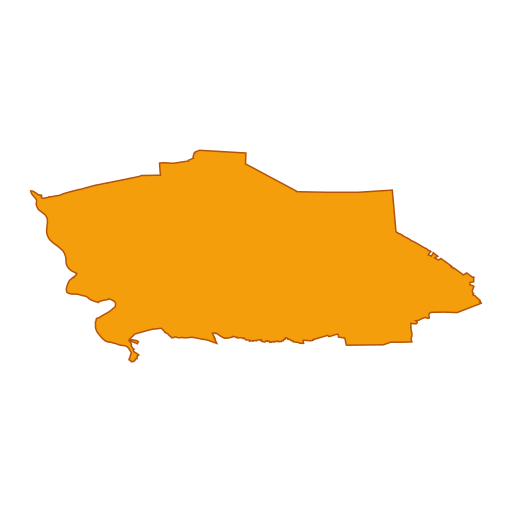 Deventer, Overijssel, Netherlands
{"feature_id": "6326949B6092768911382", "entity_name": "Deventer", "entity_type": "district", "adm_level": 2, "iso_a3": "NLD", "parent_name": "Netherlands", "parent_adm1": "Overijssel", "projection": "robinson", "projection_center": [6.218, 52.269], "detail": "fine", "context": "isolated", "style": "filled", "palette": "amber", "viewbox_px": 512, "rotation_deg": 0, "n_neighbors": 0, "source": "geoboundaries", "source_scale": "gbopen_adm2", "svg_char_len": 5892}
<svg xmlns="http://www.w3.org/2000/svg" viewBox="0 0 512 512"><path d="M134.9,334.0L147.7,330.4L152.2,329.3L154.9,328.8L155.1,329.0L161.1,328.3L161.6,328.5L165.0,332.0L164.8,332.4L166.6,333.2L167.3,333.5L168.8,334.9L169.4,335.7L170.3,336.3L170.9,337.0L171.0,337.0L171.7,337.8L172.2,337.4L173.0,337.7L173.8,337.6L174.8,337.0L175.5,336.9L178.4,337.8L180.8,337.7L182.2,337.4L182.5,337.4L182.6,337.6L183.5,337.8L186.9,337.8L192.2,337.2L192.9,337.4L193.0,337.5L194.3,337.6L201.6,339.1L206.6,339.8L216.8,343.4L214.0,337.5L214.0,337.3L214.5,337.6L212.4,333.2L213.9,332.9L214.6,333.1L215.3,333.5L215.5,333.4L215.4,333.1L215.6,333.1L216.3,333.3L219.1,335.1L220.3,336.0L221.9,336.7L222.1,337.1L222.8,337.5L225.3,338.4L226.4,337.8L227.1,338.2L227.7,338.1L231.5,337.3L232.7,336.9L232.8,336.5L234.0,336.5L234.4,336.7L234.9,337.0L235.7,337.0L236.4,337.6L236.9,337.3L237.3,337.3L237.3,337.7L238.1,338.0L240.8,337.6L241.5,337.9L242.3,338.0L243.0,338.5L243.6,338.0L244.0,338.3L244.5,338.4L245.6,339.8L247.0,340.0L247.9,339.7L249.2,340.1L249.6,340.4L250.2,340.6L250.3,340.8L250.1,341.0L251.9,340.7L252.6,341.2L253.1,341.1L253.2,340.8L253.5,340.7L255.9,340.6L256.4,340.8L257.1,340.5L257.3,340.1L257.9,339.9L258.1,339.7L258.9,339.8L259.4,340.0L259.6,339.8L260.9,339.6L261.2,339.9L260.9,340.3L261.6,340.7L261.4,341.1L262.5,341.6L263.9,341.8L264.4,342.0L265.4,341.7L265.7,341.2L266.4,341.2L266.6,340.8L267.2,340.9L267.5,341.0L267.2,341.2L268.1,341.5L269.3,341.2L269.7,342.2L270.1,342.4L271.5,342.2L271.5,341.8L272.6,341.6L273.6,342.1L274.6,341.8L274.6,341.4L275.8,341.6L276.6,341.6L276.9,341.4L276.9,341.2L277.5,341.0L278.1,341.2L278.6,341.8L278.8,341.8L279.5,341.6L281.1,341.6L281.6,341.2L281.8,340.8L283.4,340.7L283.5,339.9L283.8,339.6L284.9,339.2L284.7,338.9L284.8,338.6L285.3,338.5L285.5,337.8L286.1,338.1L286.9,337.9L287.5,338.3L287.3,338.7L288.2,339.4L289.2,339.3L290.1,339.7L290.4,339.7L291.3,340.8L292.8,340.7L293.1,341.1L293.1,341.7L295.3,342.1L297.9,342.4L298.6,342.6L299.2,343.0L300.6,343.3L303.6,343.4L303.1,340.5L303.2,340.3L304.5,340.3L310.2,340.8L311.4,340.6L313.2,340.3L313.3,340.1L313.0,339.8L313.1,339.6L313.7,339.3L314.1,339.4L314.4,339.3L327.8,335.3L328.0,335.5L328.5,336.4L328.9,336.6L329.3,336.6L336.6,334.3L338.1,334.3L338.5,337.1L339.6,337.2L344.8,338.1L345.2,340.0L346.4,345.2L383.5,344.8L390.6,342.2L402.4,342.2L411.9,341.9L411.1,339.5L411.9,335.3L411.9,333.3L411.5,331.6L410.8,327.6L411.0,327.6L410.8,323.4L416.0,323.9L416.0,323.6L417.2,322.8L416.9,321.1L416.2,320.9L415.9,320.7L417.5,320.6L418.6,320.3L421.9,318.6L425.4,317.4L428.0,318.4L429.2,318.1L429.4,317.8L428.7,315.2L429.5,313.2L431.5,312.3L444.3,312.1L457.1,312.6L481.3,303.2L481.0,302.6L479.7,302.0L479.5,301.8L479.5,301.5L480.3,301.1L480.1,300.5L476.2,297.0L474.8,295.6L473.0,295.0L472.9,294.7L473.7,293.6L472.6,292.6L472.3,290.8L473.1,288.2L473.9,286.5L473.8,286.2L471.7,285.3L470.0,284.8L470.1,284.7L469.8,284.5L469.9,282.5L473.7,281.8L473.6,277.6L474.0,277.4L473.7,277.1L472.9,277.5L467.1,273.3L466.8,272.9L463.4,274.9L453.8,267.9L453.4,268.5L451.0,266.7L451.7,266.3L440.8,258.4L438.6,260.1L434.6,257.9L437.8,256.2L433.2,252.7L433.0,253.5L431.3,256.1L428.2,254.8L430.3,251.9L430.6,251.9L430.9,251.6L430.1,250.9L428.2,250.3L427.9,250.0L427.8,249.7L425.9,248.4L424.5,247.9L419.8,245.1L419.7,245.0L413.2,241.3L410.8,240.6L410.7,240.2L410.1,239.6L406.5,237.6L403.7,236.3L402.9,235.8L402.9,235.5L400.6,234.2L399.8,233.8L399.0,233.7L398.2,233.4L398.0,233.2L398.0,232.8L396.0,231.9L392.3,190.1L357.8,192.3L328.1,192.3L297.1,191.7L296.4,191.3L296.5,191.2L292.7,189.1L245.5,163.9L245.9,153.0L199.6,150.3L195.1,152.0L194.9,153.1L194.2,153.0L193.1,156.5L193.1,157.4L193.5,158.2L188.9,160.1L188.5,160.3L188.3,161.0L173.2,163.3L163.6,162.7L159.5,163.1L160.2,172.5L160.5,175.2L141.4,175.5L139.0,176.5L95.1,185.3L83.6,188.4L81.6,189.1L78.5,189.6L70.3,191.7L62.7,193.9L61.4,194.6L58.4,195.6L57.7,195.6L52.6,196.5L52.2,196.7L51.5,196.6L49.2,197.0L48.9,196.9L48.8,197.2L44.9,198.0L42.0,198.2L41.3,197.1L41.2,196.1L41.8,195.8L41.6,195.3L39.7,194.9L38.3,194.9L36.3,193.2L33.0,191.2L30.7,190.9L31.1,192.3L31.9,194.1L32.4,194.9L35.2,197.9L36.5,200.1L36.6,201.0L36.3,203.2L36.2,204.1L36.8,206.4L38.0,208.9L38.8,209.8L39.7,210.6L44.2,214.0L45.3,215.1L46.1,216.3L46.8,217.4L47.2,218.7L47.4,220.0L47.4,222.8L46.6,230.2L46.7,232.7L47.3,235.2L48.8,238.4L49.7,239.6L51.1,241.1L53.4,243.1L57.9,246.3L62.5,250.4L63.4,251.6L64.2,253.0L65.5,256.1L65.9,259.3L66.1,262.9L66.4,264.3L67.1,266.1L68.4,268.0L69.5,269.2L71.6,270.9L76.8,273.5L76.1,274.4L76.1,275.2L73.6,277.0L74.0,277.5L73.9,277.7L72.8,277.6L69.9,280.0L68.9,281.4L68.6,282.3L67.9,283.4L66.5,287.8L66.3,289.0L66.4,290.1L66.9,292.3L67.6,292.6L68.3,293.2L71.0,294.0L75.8,294.1L78.3,294.4L82.8,295.7L85.4,296.1L87.8,297.4L88.9,298.6L90.8,299.8L95.3,301.6L98.1,302.2L98.2,302.5L98.4,302.6L99.1,301.7L100.0,301.2L105.1,300.0L107.9,299.6L108.9,298.7L111.9,300.0L114.2,301.3L114.8,301.8L115.5,303.4L115.6,304.0L115.1,306.6L114.6,307.5L112.8,308.6L112.0,309.5L108.4,312.2L103.5,314.9L100.7,316.6L99.7,317.3L99.1,317.5L98.8,317.8L97.2,318.2L96.3,318.8L96.0,320.9L95.5,321.7L95.4,322.7L95.5,323.9L95.5,327.6L95.9,329.1L96.5,330.7L97.4,332.4L98.7,334.1L102.0,338.1L105.1,340.8L108.1,342.0L111.2,342.3L112.1,342.7L116.1,343.7L117.7,344.4L120.4,345.2L125.1,345.8L127.1,346.7L128.6,348.2L131.2,352.5L131.3,353.1L131.2,353.7L130.5,354.8L130.2,356.6L129.3,358.5L129.0,359.8L129.8,360.1L130.7,360.7L131.1,361.6L131.4,361.7L133.5,361.5L134.4,361.0L135.3,359.8L135.4,359.1L135.6,358.9L137.1,358.7L137.2,357.2L137.0,356.2L138.8,355.0L137.0,353.6L134.1,351.8L133.7,351.2L133.2,350.1L134.1,349.3L133.4,348.8L132.1,347.4L131.2,345.3L131.2,345.1L131.4,345.0L131.4,344.4L130.7,342.5L130.3,342.1L129.8,341.8L129.5,341.1L128.9,340.4L129.1,340.1L131.6,341.4L136.0,343.1L137.3,343.8L137.7,343.1L138.4,341.6L136.9,340.7L133.1,339.9L130.8,339.6L129.7,339.1L134.9,334.0Z" fill="#f59e0b" stroke="#b45309" stroke-width="1.5"/></svg>